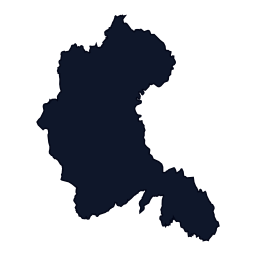 the district of Krong No, Đắk Nông, Vietnam
{"feature_id": "81297802B95536504011076", "entity_name": "Krong No", "entity_type": "district", "adm_level": 2, "iso_a3": "VNM", "parent_name": "Vietnam", "parent_adm1": "Đắk Nông", "projection": "equal_earth", "projection_center": [107.904, 12.369], "detail": "fine", "context": "isolated", "style": "filled", "palette": "ink", "viewbox_px": 256, "rotation_deg": 0, "n_neighbors": 0, "source": "geoboundaries", "source_scale": "gbopen_adm2", "svg_char_len": 5773}
<svg xmlns="http://www.w3.org/2000/svg" viewBox="0 0 256 256"><path d="M114.9,18.0L113.8,21.0L112.9,22.4L111.8,25.5L111.2,26.3L111.0,27.8L109.4,27.8L109.1,29.4L108.0,29.7L107.5,31.0L106.5,30.5L104.9,32.1L105.2,34.7L105.5,35.2L106.4,35.2L107.3,36.2L107.6,38.2L107.1,38.6L106.5,37.4L106.2,37.4L106.2,38.8L103.0,42.5L103.5,44.1L101.9,45.5L101.6,47.1L100.1,47.2L99.7,48.0L97.4,47.4L96.9,46.7L96.2,44.2L95.7,45.6L94.7,46.3L92.0,46.6L90.2,46.3L90.1,46.7L90.7,47.4L90.6,48.4L89.8,50.3L89.9,52.4L89.3,52.8L86.1,51.5L85.3,52.1L84.9,51.9L84.4,50.5L83.0,48.6L82.8,46.7L81.8,45.9L81.1,45.9L79.8,47.4L78.6,46.8L77.6,47.4L76.7,46.8L76.0,44.7L75.2,44.0L73.7,45.4L72.3,45.4L71.8,45.8L71.3,47.5L69.0,51.4L64.9,52.1L64.4,51.5L64.0,51.5L62.3,52.0L61.5,52.8L61.3,53.7L61.5,54.3L61.2,54.7L61.6,55.4L61.1,59.0L60.8,60.1L59.6,60.7L59.2,61.6L59.3,62.9L60.4,65.2L59.3,67.1L58.0,67.9L58.4,69.2L57.9,69.7L57.6,70.9L58.3,72.5L58.2,73.1L59.7,73.9L59.6,75.7L60.1,79.1L59.9,84.2L60.4,87.9L61.3,90.9L61.1,91.8L60.0,92.6L57.8,96.0L57.6,96.7L57.8,98.4L57.4,100.4L56.3,99.6L55.2,99.3L52.1,99.5L51.0,100.6L50.0,99.9L49.5,102.9L49.2,103.0L48.6,102.4L47.5,103.7L45.2,103.9L44.0,104.5L43.5,105.6L43.4,106.7L44.1,110.2L43.9,111.5L40.8,117.8L39.0,119.4L37.1,122.0L38.3,124.8L43.1,129.5L43.8,128.8L45.4,128.2L46.8,128.4L48.4,129.3L48.9,133.1L48.2,134.7L48.2,135.8L49.0,142.6L50.1,146.4L50.0,149.3L49.5,151.3L49.6,153.1L51.5,155.2L52.7,155.5L53.5,157.3L54.8,158.5L55.9,158.4L58.3,160.3L60.5,164.0L62.6,165.8L62.4,166.6L62.8,168.3L62.6,170.2L62.9,170.4L62.5,171.2L62.4,173.2L61.7,174.5L62.1,176.6L61.2,179.4L61.9,179.9L68.9,181.7L72.5,184.0L77.2,187.9L76.5,188.9L76.2,191.4L76.3,192.7L77.0,193.6L76.9,194.3L75.4,195.8L75.1,196.4L75.3,197.2L74.2,199.4L74.0,200.7L76.8,204.9L75.4,207.6L76.4,209.6L76.2,210.3L76.9,210.6L76.6,211.9L78.6,213.5L79.2,215.9L81.0,216.4L82.4,218.3L85.1,218.6L86.1,217.2L86.4,217.8L86.8,217.8L86.8,218.6L87.9,219.0L88.9,218.8L90.3,215.8L91.6,214.9L92.3,213.9L94.3,214.5L95.5,214.2L96.5,216.0L97.5,216.2L99.1,214.3L105.1,212.3L106.9,211.1L108.1,210.9L109.8,208.6L111.0,208.1L111.2,207.4L112.7,207.1L113.6,206.2L115.1,202.4L116.7,203.0L117.0,204.5L117.6,205.2L118.6,205.6L119.3,205.5L121.0,206.3L123.4,204.2L125.7,203.5L127.5,201.6L127.8,199.9L128.7,200.3L131.2,198.2L134.1,195.2L135.8,194.4L136.0,193.5L137.8,193.0L138.6,191.2L139.3,191.2L140.6,190.4L143.3,190.6L144.2,189.8L145.1,189.8L145.9,190.1L145.6,191.9L144.4,193.5L143.1,196.8L142.4,197.5L142.3,199.0L140.0,201.6L139.5,203.3L139.7,205.0L140.9,207.3L140.7,209.1L139.9,211.0L140.0,212.7L143.6,209.6L144.1,208.0L143.8,206.8L144.0,205.5L148.6,202.9L150.2,199.3L152.0,196.8L153.1,195.9L154.8,196.1L155.9,195.7L156.9,196.2L157.7,195.9L158.8,194.6L160.3,195.5L163.4,195.1L163.6,195.4L163.6,195.9L162.5,199.9L162.3,204.5L162.5,206.0L161.0,209.7L161.6,211.5L161.6,213.7L162.5,214.6L162.5,215.2L162.0,216.0L160.7,216.2L160.3,216.6L160.0,218.1L160.1,219.2L161.4,220.6L162.4,224.8L163.1,225.9L164.7,225.3L165.4,226.2L165.6,224.3L166.5,225.4L167.0,224.8L168.1,225.4L168.7,224.5L169.8,224.7L170.0,222.9L170.5,222.2L170.4,220.5L170.8,220.5L171.6,222.2L172.0,222.1L172.4,218.6L172.8,218.5L173.4,219.0L173.5,217.1L174.7,219.2L176.4,221.3L178.3,221.1L180.1,221.8L180.5,222.5L180.8,225.7L181.2,226.9L183.8,228.1L185.3,231.3L186.5,231.7L187.6,231.0L187.9,231.3L188.6,236.3L189.7,236.0L191.1,236.3L191.0,234.7L191.3,234.2L192.7,235.2L193.3,233.7L194.0,233.4L196.3,234.6L196.6,236.8L198.5,235.8L199.3,236.2L199.8,237.1L199.8,238.3L200.7,238.9L202.5,239.0L203.3,240.0L203.3,240.6L206.3,239.9L208.3,240.4L208.8,238.9L211.9,235.3L212.4,233.9L213.1,233.6L213.9,234.3L214.5,234.0L216.0,230.5L216.3,228.1L217.4,226.7L218.9,226.0L218.0,222.1L216.1,221.0L214.0,216.5L214.0,214.8L212.9,211.6L213.0,210.6L213.9,208.5L213.8,207.1L212.5,204.8L211.0,204.2L210.3,202.5L209.0,200.9L206.6,196.0L205.7,192.3L205.1,191.6L204.3,192.3L202.5,192.8L202.0,192.3L201.2,190.1L200.4,189.5L200.0,189.7L199.7,191.5L198.3,191.8L196.6,188.0L195.4,186.3L193.8,182.2L193.2,177.5L186.8,178.0L185.3,176.7L183.9,176.5L183.5,175.7L183.0,171.7L181.8,169.1L181.3,169.1L180.1,170.9L177.0,173.0L176.1,172.8L175.4,170.1L174.5,168.3L174.0,167.9L169.1,169.7L167.4,171.1L166.4,171.4L165.8,172.5L163.5,172.7L162.6,172.3L162.6,167.0L161.6,164.2L158.6,161.7L153.1,159.2L151.8,156.0L149.1,153.8L149.6,150.1L149.4,149.2L146.4,146.8L144.6,144.6L144.3,143.1L144.5,140.1L143.6,138.3L143.3,137.1L144.0,135.6L144.0,132.1L144.8,130.2L143.8,127.2L143.9,125.5L142.2,123.5L141.8,120.9L140.0,121.3L138.5,120.8L138.1,119.1L138.6,117.4L140.6,116.6L140.9,115.8L140.6,115.5L138.1,115.1L136.8,114.3L135.3,111.5L134.6,109.2L134.6,107.7L136.3,105.0L140.7,103.2L141.1,102.6L141.2,101.4L140.9,100.8L138.6,100.8L136.8,99.7L136.4,99.0L136.6,97.9L137.1,97.5L137.7,97.7L138.7,98.9L139.3,99.1L139.7,98.8L140.1,96.0L138.8,93.5L139.0,92.0L139.6,91.8L140.8,92.2L141.9,94.2L142.6,94.6L143.6,93.5L143.8,92.4L142.5,90.4L142.4,89.5L143.1,89.4L145.2,90.1L145.6,89.8L148.8,86.4L149.5,84.0L151.1,84.5L153.9,83.4L157.1,85.9L158.1,86.5L159.1,86.6L160.7,85.8L164.1,82.1L167.6,80.8L168.2,79.3L168.5,76.1L170.5,74.4L170.6,71.9L171.3,68.9L172.8,69.1L173.1,68.8L173.0,68.0L172.2,67.5L172.0,67.0L172.2,66.0L172.7,65.2L174.1,64.5L175.2,62.9L175.1,61.4L173.5,58.5L173.7,56.2L172.8,56.0L171.4,57.0L170.6,56.6L170.2,54.6L170.8,52.9L170.8,51.8L169.3,51.5L168.2,50.6L166.5,50.6L165.7,50.2L165.2,49.2L164.9,46.2L163.4,43.1L160.1,40.6L154.1,34.6L150.8,34.7L149.4,31.2L148.6,30.6L147.7,30.6L144.0,31.9L141.1,29.5L140.2,29.5L139.5,30.2L138.5,29.7L136.5,29.7L135.4,30.0L134.7,31.5L134.2,31.7L133.5,31.5L132.5,30.4L131.3,30.0L127.0,24.1L125.8,23.3L123.8,23.5L123.3,22.8L122.6,19.7L123.1,18.5L125.2,15.8L123.2,16.2L122.3,15.4L121.5,16.1L120.5,15.6L117.6,17.0L116.7,17.0L115.7,16.0L115.1,16.5L114.9,18.0Z" fill="#0f172a" stroke="#020617" stroke-width="1.5"/></svg>